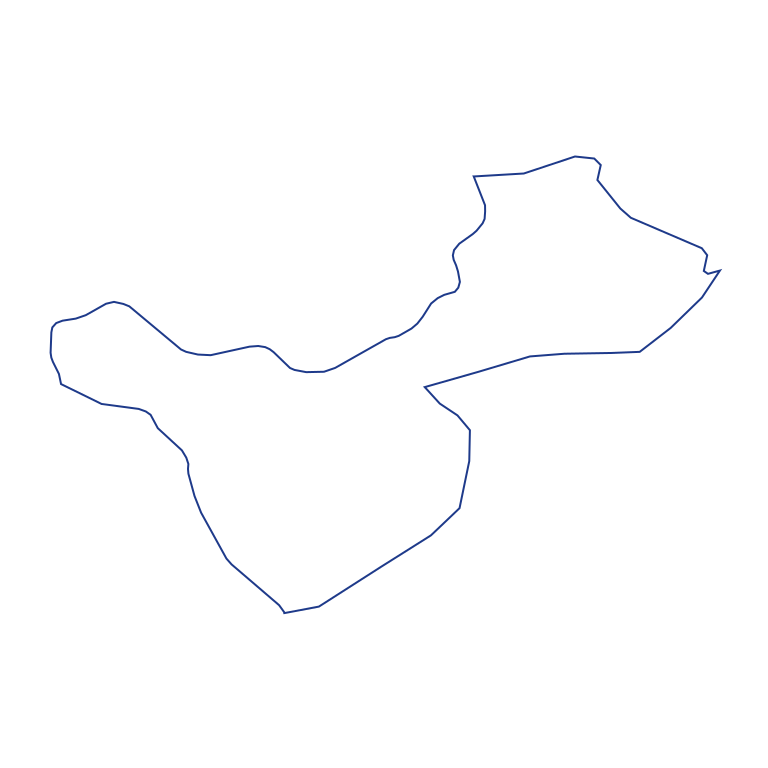 Wrexham, Robinson projection, rotated 181°
{"feature_id": "GBR-2127", "entity_name": "Wrexham", "entity_type": "Unitary Authority (wales)", "adm_level": 1, "iso_a3": "GBR", "parent_name": "United Kingdom", "parent_adm1": "", "projection": "robinson", "projection_center": [-3.021, 52.962], "detail": "fine", "context": "isolated", "style": "outline", "palette": "blue", "viewbox_px": 768, "rotation_deg": 181, "n_neighbors": 0, "source": "natural_earth", "source_scale": "10m", "svg_char_len": 1419}
<svg xmlns="http://www.w3.org/2000/svg" viewBox="0 0 768 768"><g transform="rotate(181 384 384)"><path d="M479.7,153.2L479.9,154.2L485.0,161.0L533.3,201.0L538.5,206.7L564.6,252.1L571.5,268.7L578.0,290.9L578.5,295.6L578.2,300.6L580.4,306.9L584.9,314.1L609.4,335.9L616.8,349.1L621.7,352.4L628.8,354.8L666.0,359.1L706.5,378.1L706.9,378.3L709.2,388.4L715.4,400.3L717.1,404.6L717.9,409.4L717.5,429.8L716.6,434.8L712.8,439.2L706.5,441.7L693.3,444.0L683.4,447.6L663.3,459.4L655.4,461.4L646.0,459.5L640.0,457.2L587.6,415.0L582.4,412.7L570.6,410.2L557.8,409.8L519.1,419.0L510.4,419.8L503.4,418.8L498.9,416.8L494.9,413.9L478.3,398.4L473.7,396.5L462.0,394.5L444.2,395.2L433.2,399.2L382.9,428.8L379.0,430.2L374.1,431.0L370.1,432.4L357.5,439.9L351.7,445.0L346.5,451.9L338.3,465.3L331.8,470.8L325.3,474.2L314.8,477.4L311.4,481.6L309.9,487.4L312.0,497.8L314.0,503.9L316.5,509.4L317.4,513.8L316.3,519.1L311.2,525.6L297.7,535.6L294.1,538.9L288.2,546.4L286.3,550.8L285.9,558.3L286.1,564.5L297.9,593.1L297.5,593.1L247.9,596.9L197.0,614.8L177.7,613.1L171.1,606.7L174.2,591.7L150.8,563.6L140.1,554.5L68.6,525.3L63.1,518.4L66.2,502.6L62.0,499.8L50.1,503.3L67.6,476.0L98.3,445.1L128.9,420.6L157.0,419.0L204.2,417.4L238.6,414.1L289.6,397.9L343.2,381.6L327.9,365.4L310.0,353.9L297.3,339.3L297.4,308.4L306.3,261.2L315.6,252.0L334.4,233.5L384.0,201.0L445.2,160.3L479.1,153.3L479.7,153.2Z" fill="none" stroke="#1e3a8a" stroke-width="2"/></g></svg>